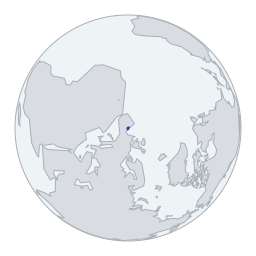 the Earth from above Cantabria, rotated 146°
{"feature_id": "ESP-5813", "entity_name": "Cantabria", "entity_type": "Autonomous Community", "adm_level": 1, "iso_a3": "ESP", "parent_name": "Spain", "parent_adm1": "", "projection": "orthographic", "projection_center": [-3.983, 43.14], "detail": "fine", "context": "on_globe", "style": "filled", "palette": "violet", "viewbox_px": 256, "rotation_deg": 146, "n_neighbors": 0, "source": "natural_earth", "source_scale": "10m", "svg_char_len": 9870}
<svg xmlns="http://www.w3.org/2000/svg" viewBox="0 0 256 256"><g transform="rotate(146 128 128)"><circle cx="128" cy="128" r="113" fill="#eef3f6" stroke="#a8b0b8"/><path d="M33.0,188.5L31.0,185.1L28.7,180.7L24.3,171.8L18.8,153.7L18.9,150.7L18.3,146.9L20.4,144.8L20.8,136.9L20.2,134.2L19.2,135.0L18.2,124.8L19.1,117.6L22.5,90.1L24.2,85.5L26.4,81.4L38.5,61.5L28.2,76.8L30.8,71.8L35.0,65.3L41.3,57.6L45.1,52.9L53.9,45.1L63.4,40.5L60.7,42.7L63.3,41.6L66.9,38.9L68.6,37.5L82.5,32.0L95.1,26.2L97.2,24.0L98.2,25.0L100.8,21.0L106.4,18.8L101.3,21.6L101.7,22.2L106.0,20.7L107.4,21.0L110.3,20.5L111.5,21.1L108.4,23.0L109.1,23.5L112.2,22.4L115.3,22.6L110.7,24.0L115.7,24.5L111.4,28.3L98.1,32.6L96.9,36.1L86.1,44.5L88.2,44.6L85.5,48.2L86.9,49.7L84.5,51.1L87.8,51.1L89.7,49.6L91.7,49.2L92.7,50.0L89.9,51.8L88.9,51.6L88.6,52.6L86.7,53.2L88.2,53.4L84.6,55.7L89.7,54.7L88.0,57.6L85.2,58.8L83.6,57.0L73.2,56.0L69.9,57.1L66.8,60.2L65.0,69.5L62.1,71.6L59.5,75.7L62.0,75.2L64.8,71.8L68.7,72.2L71.8,68.3L73.8,68.0L77.7,65.0L79.1,67.4L78.4,71.5L75.2,74.2L74.8,76.1L79.4,75.3L75.2,82.3L75.1,90.6L73.8,92.4L68.2,92.3L64.1,87.6L57.0,88.6L63.6,90.1L60.2,94.9L60.5,96.7L61.8,97.8L63.9,96.8L63.2,99.1L56.3,98.1L56.9,96.1L59.1,96.3L57.1,94.3L52.5,94.1L51.1,96.8L45.6,94.5L44.5,96.5L42.7,97.3L44.8,94.2L41.0,99.8L34.2,99.5L28.9,109.4L32.0,98.9L31.7,95.2L30.9,91.8L29.9,93.3L30.2,87.4L28.2,86.2L24.1,91.8L21.4,99.0L21.5,104.7L23.1,103.2L24.0,106.5L20.1,112.0L21.2,120.0L19.2,125.5L19.1,130.7L20.4,133.2L21.6,138.1L23.5,136.9L26.2,138.8L25.1,143.9L27.4,141.4L28.3,145.9L34.2,152.9L33.5,153.5L38.3,165.4L45.4,174.0L47.0,179.0L46.0,180.5L48.9,183.1L48.9,184.6L61.9,194.4L69.8,201.4L70.5,206.0L65.5,208.3L65.2,215.8L57.4,213.1L58.2,215.3L57.0,215.4L56.6,215.1L49.9,209.2L43.7,202.7L38.1,195.8L33.0,188.5ZM27.2,112.1L28.6,124.0L26.3,120.3L27.0,120.3L27.0,116.6L26.4,111.4L24.8,108.5L27.2,112.1ZM31.2,110.4L30.9,108.8L31.5,110.0L31.2,110.4ZM69.2,36.8L66.8,38.9L63.1,41.3L64.9,39.5L69.2,36.8ZM76.6,32.9L75.8,33.8L73.0,34.5L74.3,33.8L76.6,32.9ZM98.3,22.6L96.1,23.5L97.8,22.5L98.3,22.6ZM110.5,20.4L110.7,20.1L112.1,20.0L110.5,20.4ZM76.6,63.9L77.1,64.5L76.1,64.7L76.6,63.9ZM77.8,62.2L76.3,62.1L76.7,61.3L77.6,61.4L77.8,62.2ZM115.2,20.9L117.4,21.0L114.6,21.2L115.2,20.9ZM79.6,62.5L77.5,59.9L78.2,58.5L82.2,57.5L79.6,62.5ZM118.4,21.3L123.8,21.8L124.7,21.0L125.2,23.7L120.4,22.2L116.8,22.5L118.7,21.9L118.4,21.3ZM89.8,48.8L87.8,50.4L88.6,48.3L89.8,48.8ZM89.8,47.5L89.1,42.2L92.6,40.3L92.1,42.4L95.8,39.6L97.8,41.3L96.3,43.2L93.6,44.0L96.4,44.1L89.8,47.5ZM124.6,25.2L125.4,25.7L124.0,25.6L124.6,25.2ZM92.6,48.8L92.1,47.8L95.1,46.1L96.6,47.8L95.1,47.8L92.6,48.8ZM95.8,38.1L98.3,37.2L100.6,38.3L101.8,38.2L98.2,41.2L95.8,38.1ZM95.0,48.6L97.2,48.7L96.7,50.3L93.2,49.7L95.0,48.6ZM95.3,45.0L96.7,44.3L96.4,45.2L95.3,45.0ZM96.3,56.4L95.7,55.1L97.2,54.0L96.3,56.4ZM98.1,48.7L98.2,48.2L98.7,47.6L100.1,48.1L98.1,48.7ZM100.1,41.8L100.5,42.5L101.7,40.6L103.5,41.5L100.7,43.4L102.7,43.0L103.2,43.3L100.3,44.5L100.1,41.8ZM103.0,47.0L100.1,50.0L100.9,52.6L99.6,53.5L98.5,49.2L103.0,47.0ZM101.7,45.4L102.2,46.6L100.3,47.1L98.8,46.6L101.7,45.4ZM105.7,41.5L103.7,39.6L104.3,39.3L105.7,41.5ZM103.6,47.7L104.3,47.0L103.9,47.8L103.6,47.7ZM105.5,43.2L104.7,42.6L105.4,42.2L105.5,43.2ZM106.3,46.1L105.4,47.1L104.3,46.7L106.3,46.1ZM106.2,44.7L107.5,44.4L104.5,46.0L105.7,44.5L106.2,44.7ZM106.3,43.0L106.5,42.6L106.6,43.3L106.3,43.0ZM110.9,47.1L107.4,49.3L105.0,48.4L108.8,46.4L110.9,47.1ZM198.4,40.0L196.1,38.4L197.2,39.4L195.2,38.0L199.8,42.0L197.2,40.3L202.0,44.4L203.1,44.8L200.0,41.8L205.4,46.4L205.6,46.4L211.3,52.1L216.5,58.3L221.2,64.8L225.5,71.6L229.3,78.7L232.6,86.1L235.3,93.7L233.7,89.8L235.2,94.8L233.9,91.7L231.4,89.5L232.8,96.7L235.8,112.8L238.2,121.4L238.3,127.9L233.7,121.4L230.1,114.7L229.4,118.0L223.8,116.1L217.1,125.5L215.2,124.3L214.1,127.2L210.1,128.1L206.9,125.8L204.8,128.0L213.1,134.1L215.2,131.7L215.7,125.6L217.7,128.5L221.5,128.3L220.5,141.3L209.0,160.8L206.4,154.9L190.0,142.4L189.7,139.9L189.6,139.7L189.3,139.3L189.3,143.7L186.0,140.9L196.3,151.2L198.7,156.5L208.9,161.4L208.3,163.0L211.1,163.2L218.3,154.0L218.7,156.2L216.2,169.5L204.8,190.7L205.5,197.4L203.3,204.0L194.4,212.3L193.3,215.9L188.4,219.4L186.9,221.5L182.0,225.1L174.4,229.4L163.5,233.1L164.2,231.8L161.0,230.2L157.1,222.6L161.3,216.9L161.0,213.0L152.9,204.7L154.8,198.3L152.3,196.1L147.3,197.6L144.2,194.8L141.0,195.1L120.2,198.4L113.0,194.0L102.3,179.5L105.4,174.0L104.5,167.0L124.9,142.4L130.9,143.6L148.9,137.7L151.4,138.1L151.2,144.3L166.1,147.8L168.8,141.8L180.5,141.3L187.1,137.9L186.3,126.2L175.4,131.5L171.7,127.2L178.9,118.4L188.2,113.9L187.0,112.1L179.7,110.8L180.2,105.8L176.9,110.0L179.4,111.2L177.4,114.0L175.0,113.1L175.3,111.3L172.1,111.8L171.5,120.7L174.0,122.8L166.5,127.4L169.9,131.6L168.4,134.7L162.1,128.8L161.6,126.0L151.1,120.5L151.1,123.8L160.9,129.4L158.5,129.5L158.5,134.4L156.6,130.7L145.9,124.2L138.1,127.7L130.9,140.7L125.8,142.1L120.3,140.1L120.2,128.0L131.7,126.2L131.8,122.3L127.2,117.1L131.1,117.2L130.6,115.0L134.7,114.1L138.2,108.0L142.0,106.7L141.3,99.8L143.1,98.3L143.0,102.7L145.0,105.2L154.3,102.2L155.4,100.3L154.2,96.2L156.9,96.0L154.5,92.5L158.7,89.0L151.5,90.4L149.9,86.0L151.3,81.7L149.4,80.6L147.2,87.7L147.4,90.3L149.7,92.2L149.3,100.2L146.6,102.3L142.2,95.1L137.8,97.4L136.3,91.2L143.3,75.3L147.3,71.2L158.6,73.0L158.9,76.1L155.0,76.9L160.6,79.8L159.2,77.8L161.4,77.8L160.4,74.0L161.9,73.8L158.3,70.5L160.1,69.9L162.3,72.0L162.3,66.2L165.4,64.2L164.7,63.0L163.0,62.2L168.1,60.4L167.3,59.6L165.4,59.9L162.6,58.6L159.6,55.6L161.5,55.1L162.8,56.1L168.5,57.6L171.8,60.6L172.2,60.1L169.9,57.5L162.9,55.6L160.6,53.9L163.9,54.4L162.5,54.1L161.9,53.2L163.2,51.8L159.6,51.2L150.8,42.5L152.3,39.4L156.2,40.6L152.1,34.9L154.1,32.4L152.3,32.6L149.1,30.3L148.4,31.0L147.3,31.0L138.8,26.2L138.3,24.9L132.6,23.6L131.7,23.8L131.7,24.6L125.2,23.7L124.7,21.0L126.8,20.7L125.1,19.5L130.2,19.1L133.6,18.4L140.2,19.2L142.3,18.8L141.4,18.4L143.6,17.8L151.3,18.4L149.2,19.6L138.4,20.3L143.2,20.0L143.3,20.7L145.8,21.1L149.1,21.0L148.7,20.6L160.3,24.6L170.6,27.3L166.8,24.9L167.2,24.2L175.7,26.5L192.8,36.2L193.5,36.4L194.1,36.8L198.4,40.0ZM119.9,155.6L119.9,157.8L119.9,155.6ZM199.5,114.4L204.0,110.9L199.3,106.0L200.7,104.3L198.6,103.4L199.0,105.7L193.5,102.8L194.5,99.1L192.6,96.7L191.0,97.8L190.0,105.0L197.9,109.1L197.9,112.7L199.5,114.4ZM34.5,153.1L35.0,154.9L34.0,153.8L34.5,153.1ZM25.2,121.8L25.8,123.5L25.9,125.1L25.3,124.2L25.2,121.8ZM32.7,134.9L33.9,137.1L32.4,135.7L32.7,134.9ZM29.0,125.7L31.8,133.4L28.9,131.3L27.2,126.6L28.8,128.6L29.0,125.7ZM29.3,112.6L29.6,114.0L29.0,114.6L29.3,112.6ZM31.7,111.3L31.4,111.0L31.7,109.8L31.7,111.3ZM60.6,94.9L61.1,95.1L62.2,96.5L61.0,96.6L60.6,94.9ZM71.0,99.4L69.6,102.9L69.8,100.3L67.8,100.8L65.8,96.3L73.0,93.1L70.1,95.3L71.0,99.4ZM65.1,89.7L65.6,92.7L64.8,89.6L65.1,89.7ZM124.0,104.5L126.1,105.7L125.6,108.4L120.7,110.7L121.4,106.8L124.0,104.5ZM129.2,106.8L126.1,99.4L129.0,97.9L127.9,100.0L130.1,99.7L129.0,103.0L134.7,109.0L134.7,111.8L125.7,114.2L128.7,111.8L126.4,110.7L129.2,106.8ZM113.1,85.6L111.8,83.0L119.8,82.9L120.1,85.4L115.3,87.7L112.1,86.2L113.1,85.6ZM87.1,61.6L86.1,61.0L86.9,60.5L88.4,60.5L87.1,61.6ZM95.9,55.9L92.3,63.6L91.0,63.3L90.5,68.5L86.8,69.8L87.2,66.3L84.0,71.4L82.9,68.8L81.1,72.4L82.5,64.5L81.4,62.6L84.0,64.2L87.5,63.0L88.6,61.9L91.1,57.5L90.4,53.0L93.7,51.3L96.2,51.3L96.9,52.1L94.5,52.9L97.1,53.5L94.2,55.2L95.9,55.9ZM123.9,55.8L120.8,55.8L125.6,58.3L122.7,59.6L123.4,59.9L122.0,61.9L121.7,64.7L120.1,65.0L120.6,66.0L119.7,67.5L119.9,69.0L117.2,70.1L117.2,72.1L115.9,71.5L116.6,74.7L114.8,72.9L113.5,74.7L115.9,75.5L100.6,79.2L95.6,82.5L92.4,86.4L89.7,83.1L91.0,77.4L94.6,71.4L99.8,68.9L97.6,68.0L99.5,66.5L100.4,67.8L100.1,65.0L101.9,64.2L105.0,59.6L103.5,56.2L104.6,54.6L106.1,55.5L106.2,53.2L109.7,53.9L110.6,52.8L115.0,52.5L117.4,55.2L118.2,53.7L121.6,53.6L123.9,55.8ZM112.1,47.1L115.6,49.7L115.8,51.7L108.1,51.4L106.8,52.3L101.8,52.5L101.7,49.5L103.2,49.7L104.5,49.2L104.0,50.3L105.4,49.1L107.4,49.4L109.1,48.6L109.8,49.6L112.1,47.1ZM153.2,135.3L155.0,135.1L157.5,134.2L157.6,137.4L153.2,135.3ZM145.9,131.0L147.3,130.3L148.6,134.1L146.8,134.4L145.9,131.0ZM147.1,126.7L147.3,129.9L146.1,128.4L147.1,126.7ZM144.3,101.9L145.7,101.0L146.3,101.8L146.0,103.5L144.3,101.9ZM137.3,64.4L135.5,63.8L135.7,63.2L133.0,60.5L135.0,59.5L137.3,60.6L137.3,64.4ZM185.0,129.0L183.8,132.0L182.5,131.6L183.2,130.6L185.0,129.0ZM170.5,135.4L174.3,135.4L170.5,136.3L170.5,135.4ZM138.9,62.8L137.6,61.8L139.4,61.9L138.9,62.8ZM136.2,58.6L138.1,58.4L134.9,59.0L136.2,58.6ZM216.4,192.8L207.5,206.5L203.9,209.4L204.6,207.3L208.9,200.0L213.5,194.9L216.2,190.3L216.4,192.8ZM238.4,121.7L239.6,124.6L239.5,127.0L238.4,121.7ZM153.5,53.8L155.0,58.5L157.4,61.5L160.7,62.5L156.6,63.3L153.0,58.6L153.5,53.8ZM150.9,43.9L148.0,43.3L148.8,42.4L149.6,42.4L150.9,43.9ZM149.5,44.3L146.8,45.8L144.9,44.7L147.4,43.8L149.5,44.3ZM143.0,53.9L143.3,55.4L141.9,55.2L143.0,53.9ZM176.9,26.5L176.1,26.1L176.9,26.5ZM177.6,26.9L172.2,24.6L169.1,23.2L169.6,23.3L173.4,24.9L174.8,25.6L177.6,26.9ZM170.0,23.7L171.2,24.4L166.0,24.1L164.1,23.7L166.5,22.8L167.8,23.5L169.7,23.9L170.0,23.7ZM126.3,25.3L125.5,25.7L125.4,25.1L126.3,25.3ZM147.0,31.4L145.5,31.3L145.4,30.5L147.0,31.4ZM141.2,30.5L142.4,31.5L140.4,30.7L141.2,30.5ZM145.0,33.6L142.4,31.9L146.1,33.3L145.0,33.6Z" fill="#d9dde1" stroke="#a8b0b8" stroke-width="1"/><path d="M127.2,127.5L127.3,127.5L127.5,127.5L127.7,127.4L127.8,127.4L128.0,127.4L128.3,127.3L128.2,127.4L128.3,127.4L128.5,127.3L128.8,127.3L128.7,127.4L128.7,127.5L128.8,127.4L128.8,127.5L128.8,127.4L128.9,127.5L129.0,127.5L128.9,127.7L128.8,127.8L128.8,128.0L128.7,128.0L128.5,127.9L128.4,128.0L128.2,128.1L128.1,128.3L128.0,128.5L128.1,128.4L128.2,128.5L127.9,128.6L127.7,128.7L127.8,128.6L127.7,128.6L127.6,128.4L127.4,128.3L127.4,128.2L127.2,128.2L126.9,128.2L126.8,127.9L127.0,127.8L127.0,127.7L127.2,127.5Z" fill="#8b5cf6" stroke="#5b21b6" stroke-width="1.5"/></g></svg>